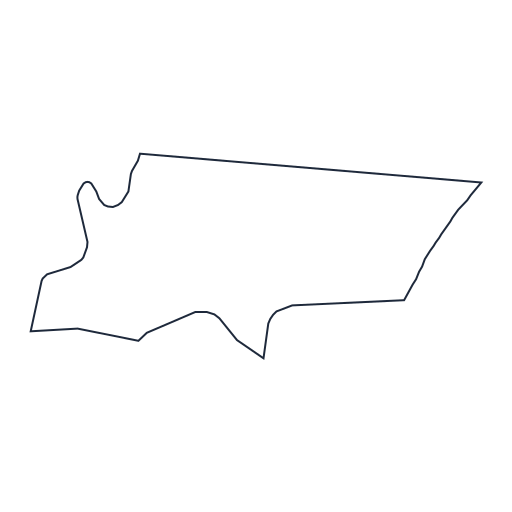 SVG path tracing the border of Haringey
{"feature_id": "GBR-2766", "entity_name": "Haringey", "entity_type": "London Borough", "adm_level": 1, "iso_a3": "GBR", "parent_name": "United Kingdom", "parent_adm1": "", "projection": "equal_earth", "projection_center": [-0.107, 51.584], "detail": "fine", "context": "isolated", "style": "outline", "palette": "slate", "viewbox_px": 512, "rotation_deg": 0, "n_neighbors": 0, "source": "natural_earth", "source_scale": "10m", "svg_char_len": 850}
<svg xmlns="http://www.w3.org/2000/svg" viewBox="0 0 512 512"><path d="M263.5,358.3L237.0,340.1L219.4,318.3L214.4,314.4L206.8,312.0L195.3,312.0L146.8,332.8L138.4,340.8L77.6,328.6L30.7,331.3L41.6,280.9L42.7,278.5L47.1,274.3L70.6,267.0L81.4,259.8L83.3,257.5L87.0,247.3L87.5,242.0L77.5,199.0L77.4,197.0L77.7,195.2L79.2,190.6L83.6,183.5L85.7,182.2L87.5,181.9L89.3,182.2L91.3,183.5L96.3,191.5L99.1,199.0L104.2,205.0L107.9,206.5L112.9,207.0L118.0,205.0L121.8,202.1L128.4,191.5L130.9,174.0L132.0,170.9L137.9,160.7L140.0,153.7L481.3,182.5L470.7,195.2L467.2,200.3L458.3,209.6L452.4,217.8L450.4,221.4L441.3,234.2L439.2,237.8L435.7,242.5L433.6,246.0L430.1,250.8L424.8,259.2L422.1,266.6L419.1,271.7L416.1,279.2L412.7,284.5L404.1,300.2L292.2,305.4L276.5,311.4L273.1,314.8L270.3,318.9L268.3,323.5L263.5,358.3Z" fill="none" stroke="#1e293b" stroke-width="2"/></svg>